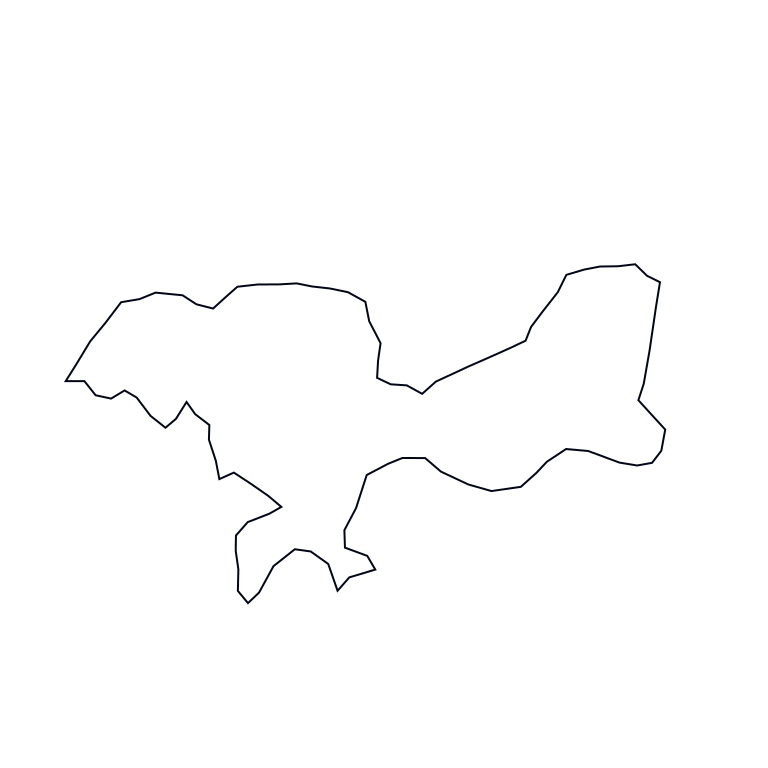 the district of Potim, São Paulo, Brazil, rotated 338°
{"feature_id": "56859067B20818489532691", "entity_name": "Potim", "entity_type": "district", "adm_level": 2, "iso_a3": "BRA", "parent_name": "Brazil", "parent_adm1": "São Paulo", "projection": "albers", "projection_center": [-45.306, -22.823], "detail": "fine", "context": "isolated", "style": "outline", "palette": "ink", "viewbox_px": 768, "rotation_deg": 338, "n_neighbors": 0, "source": "geoboundaries", "source_scale": "gbopen_adm2", "svg_char_len": 1389}
<svg xmlns="http://www.w3.org/2000/svg" viewBox="0 0 768 768"><g transform="rotate(338 384 384)"><path d="M678.0,393.0L668.4,382.2L661.8,367.1L645.1,362.5L628.3,356.0L612.5,352.9L594.0,351.1L579.5,364.0L557.6,376.6L541.7,386.2L531.5,396.9L513.9,397.9L489.2,398.8L468.8,399.4L433.0,401.2L415.7,407.4L404.6,393.8L390.1,386.8L379.9,375.7L387.3,360.0L396.1,344.9L393.8,320.2L397.5,300.8L385.0,285.4L369.7,275.2L353.8,266.6L340.7,258.0L324.5,252.5L304.1,244.4L284.5,238.9L270.6,243.8L253.8,250.0L239.9,239.8L230.5,226.3L206.4,213.7L189.1,213.7L170.9,209.7L148.2,223.2L127.7,234.3L106.7,250.0L90.0,262.1L107.3,269.1L112.4,286.4L125.5,295.3L141.1,292.8L149.6,303.9L155.6,326.1L165.0,342.7L178.0,338.4L194.2,326.7L197.6,341.2L206.7,356.6L200.8,370.1L199.3,392.3L195.7,410.5L211.6,409.9L223.5,427.1L234.8,444.4L242.8,459.5L229.2,461.3L205.9,461.0L190.0,469.0L184.0,483.2L179.5,501.4L171.0,521.1L175.8,536.2L190.0,530.6L213.3,511.5L239.4,503.8L253.3,511.8L264.9,530.0L263.5,558.3L279.4,550.3L306.4,552.8L304.1,537.1L286.5,521.1L292.5,504.7L311.5,488.7L333.9,461.9L358.0,459.5L373.4,459.5L394.4,468.1L404.0,486.6L414.3,497.7L424.5,508.7L443.5,523.5L472.4,530.6L492.0,523.5L505.9,517.1L528.4,512.5L548.2,522.6L572.9,545.1L588.2,554.4L603.0,557.5L616.1,549.8L627.7,531.6L620.3,511.9L613.8,494.3L624.9,481.1L642.8,452.4L665.0,414.5L678.0,393.0Z" fill="none" stroke="#020617" stroke-width="2"/></g></svg>